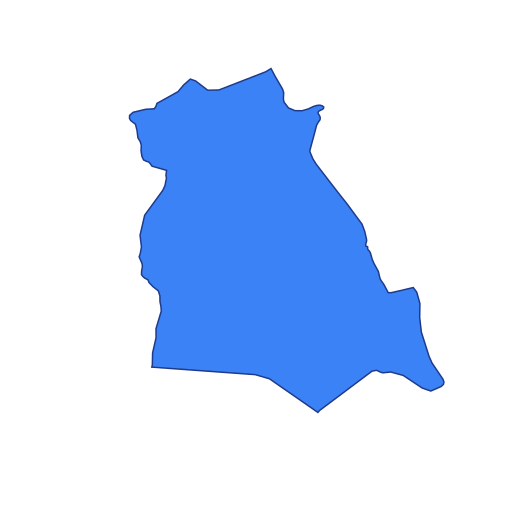 an SVG outline of South Khorasan, rotated 339°
{"feature_id": "IRN-3244", "entity_name": "South Khorasan", "entity_type": "Province", "adm_level": 1, "iso_a3": "IRN", "parent_name": "Iran", "parent_adm1": "", "projection": "orthographic", "projection_center": [59.888, 32.335], "detail": "fine", "context": "isolated", "style": "filled", "palette": "blue", "viewbox_px": 512, "rotation_deg": 339, "n_neighbors": 0, "source": "natural_earth", "source_scale": "10m", "svg_char_len": 1902}
<svg xmlns="http://www.w3.org/2000/svg" viewBox="0 0 512 512"><g transform="rotate(339 256 256)"><path d="M337.2,86.4L338.2,94.8L340.6,109.6L340.4,113.4L337.9,119.1L337.3,122.3L339.4,129.4L344.5,134.3L351.1,136.9L357.4,137.4L363.4,137.0L366.5,137.2L369.2,137.9L370.5,138.6L371.9,139.8L372.6,141.2L372.5,141.3L371.9,142.4L370.7,142.9L366.9,143.2L365.4,144.1L365.2,145.5L365.5,147.2L365.7,148.8L365.2,150.8L364.4,151.9L361.8,153.6L359.4,155.7L356.4,159.9L352.5,165.3L348.1,171.3L344.2,176.7L343.7,178.1L343.9,185.7L345.1,191.9L347.5,199.9L350.3,209.3L353.2,219.0L356.3,229.2L359.8,240.4L363.5,253.9L366.4,264.3L366.3,272.2L365.2,279.9L364.7,281.6L362.6,284.4L362.0,285.9L362.3,286.4L363.0,286.8L363.5,287.4L362.8,289.5L362.9,290.5L363.4,291.5L363.7,292.5L363.9,294.6L363.3,300.6L363.5,305.4L364.7,314.3L363.7,321.5L364.0,323.8L365.2,328.5L366.3,337.6L369.1,338.7L377.4,339.9L391.4,341.8L391.5,341.8L393.1,347.4L392.0,359.1L386.8,372.0L383.1,386.3L381.6,411.7L382.0,419.1L386.4,438.0L386.3,441.0L385.0,443.0L382.2,444.2L370.8,444.7L363.9,438.9L350.6,420.2L340.2,412.6L332.5,410.5L330.6,409.0L327.6,405.9L323.0,405.1L260.3,422.9L257.7,424.2L224.6,375.5L212.8,366.5L118.9,322.4L120.2,320.5L124.7,309.5L133.4,296.5L136.6,288.0L147.8,273.5L149.2,268.9L150.0,264.2L152.0,258.8L152.3,253.5L149.0,248.0L146.6,242.5L146.6,239.5L144.2,236.8L143.0,234.5L142.4,232.3L143.9,228.9L146.1,225.3L146.9,222.3L146.6,214.9L148.7,212.4L152.3,206.5L155.2,195.0L166.7,178.0L192.5,161.3L196.2,157.7L200.3,151.2L200.8,148.5L203.2,144.0L191.1,134.9L190.4,132.1L189.6,129.8L187.7,128.4L185.5,126.1L185.2,122.0L186.4,116.5L188.6,111.5L188.9,107.7L188.1,103.4L189.9,96.2L190.7,89.8L187.6,84.7L187.2,82.2L188.4,79.4L192.8,77.8L205.6,79.5L213.8,82.1L216.0,80.6L218.3,78.0L242.2,74.6L249.7,70.4L258.1,67.3L262.4,71.0L270.3,83.9L280.8,87.7L330.9,87.5L337.2,86.4L337.2,86.4Z" fill="#3b82f6" stroke="#1e3a8a" stroke-width="1.5"/></g></svg>